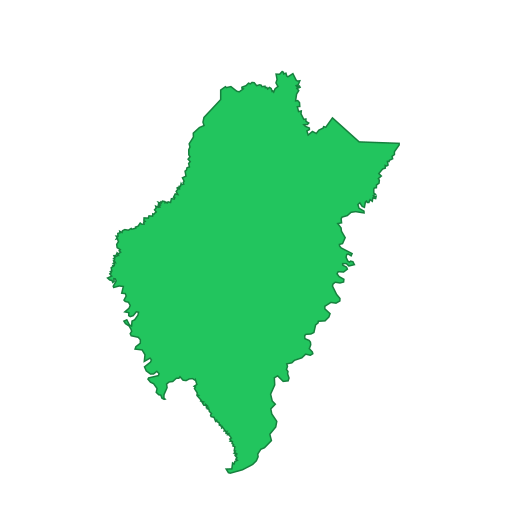 Puerto López, Meta, Colombia (Robinson projection), rotated 132°
{"feature_id": "7082276B57935964838020", "entity_name": "Puerto López", "entity_type": "district", "adm_level": 2, "iso_a3": "COL", "parent_name": "Colombia", "parent_adm1": "Meta", "projection": "robinson", "projection_center": [-72.727, 4.039], "detail": "fine", "context": "isolated", "style": "filled", "palette": "green", "viewbox_px": 512, "rotation_deg": 132, "n_neighbors": 0, "source": "geoboundaries", "source_scale": "gbopen_adm2", "svg_char_len": 6158}
<svg xmlns="http://www.w3.org/2000/svg" viewBox="0 0 512 512"><g transform="rotate(132 256 256)"><path d="M141.8,209.1L140.7,207.9L137.8,208.9L137.5,206.2L134.7,208.0L133.3,205.5L131.2,206.7L133.2,208.0L132.6,209.3L130.2,208.5L130.4,210.6L127.5,213.2L126.3,213.6L124.7,212.2L122.6,214.0L119.6,213.3L117.2,215.0L116.6,216.9L112.7,216.4L112.6,219.9L106.6,220.1L104.2,218.7L102.3,220.6L101.7,219.1L100.1,218.7L97.8,221.6L96.8,220.3L95.6,220.9L92.3,219.5L90.9,221.6L88.0,221.0L85.9,222.9L77.7,223.9L76.5,225.0L102.2,255.7L102.2,291.6L113.6,290.3L114.6,292.3L116.0,291.7L120.4,293.5L124.6,293.2L125.7,297.4L131.2,298.2L129.0,301.9L126.3,300.9L125.2,302.0L126.6,306.0L126.4,308.3L123.9,305.8L121.9,305.8L122.5,309.0L120.8,310.6L122.5,311.9L120.2,317.7L117.9,319.4L120.2,321.0L117.4,325.2L115.6,323.5L112.9,326.3L112.6,329.0L114.2,330.4L108.5,334.2L104.5,334.9L104.1,337.6L101.1,336.1L100.6,337.5L102.9,338.7L102.6,340.2L100.6,339.2L96.5,340.7L98.2,342.1L98.5,343.7L95.8,350.6L101.5,352.2L101.7,353.5L100.1,356.1L102.2,357.3L101.1,358.6L101.4,360.0L105.2,360.1L107.4,362.8L110.7,358.5L114.0,357.0L115.3,353.1L119.0,353.7L122.4,352.5L122.1,354.0L122.9,354.1L121.4,356.8L121.7,358.8L124.1,359.1L123.5,360.8L124.7,361.7L123.8,362.9L126.2,364.9L125.6,366.5L126.4,367.9L129.0,369.5L128.4,373.3L129.7,375.1L131.9,375.4L132.5,377.2L136.1,377.4L139.9,379.4L140.7,378.9L140.3,377.3L145.2,378.3L146.4,380.5L146.9,388.0L150.7,390.7L150.6,392.0L156.3,393.3L163.4,386.9L187.8,387.4L192.0,385.0L193.8,381.9L198.4,384.0L206.7,384.8L209.5,382.1L217.4,380.7L219.2,378.0L222.0,377.1L225.8,373.6L226.4,371.4L229.5,371.3L229.9,368.0L232.3,368.0L234.3,365.1L236.6,366.3L238.8,365.1L240.4,365.5L243.5,361.5L247.1,363.0L248.5,359.4L250.1,359.3L251.0,357.8L252.7,359.1L252.3,360.1L254.9,358.7L255.5,359.6L257.3,357.8L257.9,359.4L257.2,359.8L258.2,360.2L259.0,358.6L261.4,358.6L262.6,355.2L263.9,357.6L267.5,356.6L266.9,355.5L268.3,354.8L270.0,357.2L273.4,355.3L274.6,357.6L276.1,357.5L276.2,359.0L277.3,359.2L276.6,360.3L277.8,362.3L280.0,361.9L279.6,362.9L280.7,362.8L281.4,364.4L282.1,361.1L283.1,361.5L283.0,363.0L284.4,362.2L283.6,361.5L283.9,360.2L285.3,361.2L286.1,363.9L287.2,362.3L289.6,362.3L290.1,359.0L290.4,359.9L293.2,359.8L293.7,360.9L295.6,359.5L297.8,362.4L299.9,361.4L302.6,364.7L304.6,363.1L304.5,361.6L305.9,362.2L307.3,360.5L308.9,362.3L309.0,364.1L312.9,363.6L315.1,364.9L315.7,364.0L319.2,366.2L319.0,367.2L322.2,368.1L324.2,371.2L326.6,372.1L328.2,371.3L328.8,373.8L329.7,372.6L331.7,373.8L333.6,371.8L334.8,373.2L335.2,371.5L336.8,371.2L335.8,370.6L337.5,367.8L340.6,367.3L342.7,364.8L342.1,361.1L343.7,361.2L343.7,359.1L346.4,359.7L346.5,360.5L347.1,359.4L347.3,361.1L348.2,360.8L348.2,358.9L350.5,360.0L349.8,360.8L350.8,361.8L351.6,359.9L353.2,360.0L352.8,359.0L354.2,358.5L354.8,356.8L355.1,358.1L355.9,356.7L356.9,357.1L356.6,355.7L358.2,355.5L357.6,354.4L358.9,356.0L359.3,355.2L361.6,355.8L363.7,353.1L365.0,353.8L365.2,352.5L366.8,352.2L367.0,353.4L367.5,349.8L371.7,351.6L371.7,348.6L370.6,346.7L371.5,344.7L369.7,344.5L367.9,346.5L367.1,345.3L368.1,343.2L374.0,341.9L374.6,340.7L369.8,337.6L367.4,334.2L373.5,330.9L371.4,328.0L372.6,325.7L377.1,324.6L377.3,322.8L375.7,319.8L376.9,316.4L379.8,315.4L385.3,316.1L383.2,312.6L385.5,310.7L385.2,308.9L382.5,307.3L377.5,307.6L376.4,305.6L379.1,304.1L384.7,303.5L387.3,304.6L391.3,301.6L391.9,304.0L389.9,309.3L392.8,310.6L393.6,307.8L392.9,303.3L394.2,299.6L395.2,298.0L397.9,297.5L398.8,295.4L395.2,289.1L395.6,285.9L398.3,283.6L403.7,284.6L406.1,283.6L402.0,277.8L403.7,272.4L409.1,268.5L402.8,266.4L403.2,264.2L405.5,263.4L413.0,264.7L414.8,260.7L414.3,255.4L412.2,253.2L408.1,252.5L408.3,249.3L410.2,248.5L418.4,254.2L419.8,253.9L420.4,250.0L419.4,246.6L420.7,240.8L424.1,238.9L424.2,235.4L423.1,233.7L424.6,230.8L424.0,228.4L423.2,227.8L423.1,229.5L420.6,231.6L413.3,234.0L411.0,236.8L407.6,236.2L405.0,233.9L400.2,233.4L398.4,231.5L396.6,231.7L397.1,227.1L395.4,224.6L391.9,223.3L389.6,221.1L389.1,218.3L388.4,218.4L391.0,214.0L394.3,214.8L394.0,213.3L395.7,213.0L397.0,208.1L398.6,207.0L398.1,205.6L399.2,206.1L399.9,200.3L400.8,200.1L399.7,197.5L400.8,198.0L401.8,195.0L400.6,193.5L399.9,194.0L399.9,191.6L401.1,192.2L402.0,191.2L401.0,189.8L402.0,189.7L401.4,188.4L402.7,186.7L402.9,183.6L404.7,183.3L405.4,181.9L404.0,179.2L405.9,175.4L404.4,175.3L405.2,174.0L404.6,171.9L406.2,170.0L405.2,169.5L406.0,167.8L405.4,167.2L406.6,166.4L405.6,166.1L406.2,163.1L407.4,162.6L406.3,161.6L407.1,160.3L406.2,160.0L407.8,159.5L406.2,157.5L407.8,157.5L407.0,156.2L407.8,152.5L409.6,153.0L409.7,151.4L410.9,151.4L409.7,149.3L411.4,148.3L411.1,146.6L412.6,146.1L411.9,144.1L415.3,141.9L414.7,140.9L416.3,140.6L416.0,138.6L417.2,139.6L416.8,137.4L418.3,137.9L418.6,135.2L420.5,135.0L420.3,133.2L422.8,134.2L425.3,133.2L425.5,134.9L430.4,131.5L434.3,135.6L435.5,131.5L434.6,129.8L423.9,123.0L413.1,119.0L408.0,118.7L403.8,120.1L402.0,122.2L396.4,123.1L392.8,121.4L382.9,121.0L379.2,126.5L369.9,126.9L365.0,129.9L362.8,138.6L359.7,142.7L353.2,142.5L352.9,146.9L348.9,152.7L339.3,155.8L334.2,160.9L330.6,159.7L331.0,151.9L327.3,148.6L324.6,149.8L322.5,153.6L320.4,155.0L319.9,157.5L317.0,158.7L315.6,161.0L311.4,157.9L307.7,157.6L301.0,153.8L295.7,153.4L293.4,149.2L290.6,148.4L289.6,149.9L289.2,154.4L285.4,155.9L283.6,157.9L283.2,160.0L284.7,164.4L282.5,166.6L280.7,166.4L277.2,163.0L274.1,161.8L267.3,165.6L264.2,165.1L262.8,166.0L258.0,161.3L252.6,161.0L249.3,162.4L249.2,169.5L247.3,171.2L240.4,169.3L237.5,165.0L233.3,163.6L231.4,165.2L230.6,170.5L227.2,179.0L225.4,180.0L222.5,179.6L219.8,175.5L216.7,173.5L214.5,175.1L215.7,180.5L215.0,183.9L212.6,184.4L209.3,180.2L204.6,179.3L203.7,181.3L204.8,185.4L203.7,186.5L201.2,183.8L201.3,180.3L196.6,177.1L195.4,180.2L196.5,182.3L198.0,182.4L198.3,184.5L196.6,188.3L194.1,189.6L192.9,188.9L192.2,185.4L189.9,186.2L193.0,198.1L192.7,200.5L191.6,201.8L188.9,200.0L182.7,202.0L180.4,209.1L178.2,211.6L177.2,217.0L174.1,214.6L171.4,217.6L169.6,218.1L164.9,215.2L159.9,214.6L156.3,211.6L151.7,204.5L150.4,205.8L151.6,211.4L149.6,214.7L147.0,214.5L148.1,210.3L147.3,208.0L142.7,210.8L141.3,210.7L141.8,209.1Z" fill="#22c55e" stroke="#15803d" stroke-width="1.5"/></g></svg>